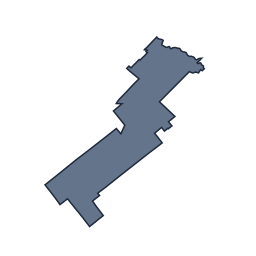 the district of Contesti, Teleorman, Romania, rotated 142°
{"feature_id": "2599482B71903037173663", "entity_name": "Contesti", "entity_type": "district", "adm_level": 2, "iso_a3": "ROU", "parent_name": "Romania", "parent_adm1": "Teleorman", "projection": "robinson", "projection_center": [25.518, 43.808], "detail": "fine", "context": "isolated", "style": "filled", "palette": "slate", "viewbox_px": 256, "rotation_deg": 142, "n_neighbors": 0, "source": "geoboundaries", "source_scale": "gbopen_adm2", "svg_char_len": 3818}
<svg xmlns="http://www.w3.org/2000/svg" viewBox="0 0 256 256"><g transform="rotate(142 128 128)"><path d="M228.4,134.3L228.4,121.7L228.4,121.1L228.4,119.7L228.4,118.5L228.4,118.0L228.5,116.5L228.5,115.3L228.6,113.4L228.6,112.1L228.7,111.1L228.7,110.5L228.8,109.5L227.3,109.5L225.3,109.5L224.5,109.4L223.7,109.5L223.2,109.5L221.5,109.5L220.2,109.4L219.2,109.4L219.2,107.5L219.2,106.7L219.2,105.3L219.2,104.0L219.2,102.8L219.1,101.4L219.1,100.6L219.1,99.8L219.1,99.1L219.1,98.0L219.1,96.9L219.0,95.6L219.0,95.0L219.0,94.4L218.9,93.5L218.9,92.5L218.9,92.1L218.9,91.7L218.9,91.1L218.9,88.9L218.9,86.7L218.8,84.9L218.9,83.4L218.9,81.0L218.9,80.3L218.9,79.0L218.9,77.3L218.9,75.7L219.0,74.0L217.1,74.0L216.0,74.0L214.8,74.0L213.5,74.1L211.7,74.0L210.4,74.1L210.2,74.1L207.7,74.2L205.8,74.2L202.4,74.2L201.4,74.2L201.4,76.7L201.3,84.5L201.3,85.2L200.9,92.3L191.9,92.3L192.0,95.3L182.5,95.1L164.8,95.3L127.8,95.4L110.2,95.2L110.2,107.5L101.2,107.8L101.2,103.1L96.7,103.2L96.7,102.6L92.1,102.6L92.3,108.0L83.9,108.2L87.1,129.3L45.3,134.6L45.0,134.6L43.9,132.7L43.1,131.4L42.2,131.1L40.7,130.7L40.4,130.5L38.5,128.0L38.1,128.2L34.8,129.2L34.2,127.4L32.3,127.6L31.4,127.7L31.5,128.3L31.5,128.9L31.4,129.3L31.3,129.5L31.2,129.6L30.9,129.7L30.7,129.9L30.6,130.0L30.5,130.3L30.5,130.7L30.5,131.0L30.7,131.3L30.7,131.5L30.8,131.9L30.9,132.0L31.1,132.2L31.1,132.3L31.2,132.5L31.1,132.9L30.9,133.2L30.7,133.5L30.7,134.0L30.7,134.5L30.9,134.8L31.2,135.2L31.4,135.2L31.9,135.3L33.1,135.5L33.3,135.8L33.4,136.1L33.4,136.9L33.2,136.9L32.9,136.9L32.5,137.0L32.1,137.0L31.1,137.2L30.2,137.1L29.5,137.2L28.5,137.3L28.1,137.6L27.9,137.7L27.2,137.7L27.5,137.9L28.1,138.4L29.1,139.0L29.4,139.1L29.9,139.2L30.8,139.3L31.4,139.4L31.8,139.6L32.1,139.7L32.3,139.9L32.5,140.2L32.6,140.5L32.6,141.0L32.5,142.1L32.5,143.0L32.6,143.3L33.0,144.1L33.5,144.8L33.9,145.5L34.2,145.8L34.7,146.0L35.1,146.4L35.4,146.6L35.6,146.9L35.8,147.4L36.0,147.9L36.2,148.5L36.3,149.1L36.1,149.8L35.9,150.7L35.8,151.0L35.8,151.4L35.8,151.7L36.0,152.0L36.2,152.3L36.4,152.7L36.5,153.0L36.8,153.2L37.3,153.6L37.5,153.8L37.7,154.0L37.9,154.4L38.1,155.0L38.3,155.4L38.4,155.7L38.6,155.9L38.6,156.1L38.6,156.3L38.6,156.6L38.5,157.0L38.3,157.4L38.3,157.6L38.3,158.0L38.4,158.3L38.4,158.7L38.4,158.9L38.5,159.0L38.7,159.3L39.0,159.7L39.2,159.8L39.3,160.0L39.6,160.1L39.9,160.4L40.2,160.9L40.6,161.6L40.8,161.8L41.1,162.1L41.6,162.5L41.8,162.7L41.9,162.9L42.0,163.0L42.3,163.1L43.0,163.4L43.2,163.5L43.4,163.6L43.7,163.8L43.9,163.8L44.1,163.8L44.3,163.8L44.6,163.7L44.8,163.7L45.0,163.7L45.1,163.8L45.3,164.0L45.4,164.5L45.6,164.8L45.6,165.2L45.5,165.5L45.3,165.9L45.3,166.1L45.3,166.3L45.3,166.5L45.5,166.8L45.8,167.1L46.3,167.3L46.7,167.3L47.0,167.3L47.7,167.6L47.9,167.7L48.1,167.9L48.3,168.2L48.5,168.6L48.9,169.7L49.3,170.4L49.5,170.6L49.6,170.8L49.6,171.0L49.7,171.4L49.7,171.5L49.9,171.9L50.1,172.3L50.2,172.6L50.2,172.9L50.1,173.0L49.7,173.3L49.2,173.6L48.9,173.7L48.6,173.8L48.2,174.1L47.9,174.5L47.7,174.8L47.1,174.9L46.8,175.0L46.7,175.0L46.4,175.4L46.4,175.5L46.4,175.8L46.6,176.3L46.8,176.7L47.4,177.5L48.0,178.2L48.3,178.5L48.6,178.8L48.8,179.1L48.9,179.3L48.9,179.6L49.1,179.8L49.2,180.1L49.2,180.6L49.3,181.5L49.3,182.0L53.6,181.4L55.1,181.2L63.6,179.9L64.3,179.9L64.8,179.8L65.6,179.5L65.9,179.8L66.0,179.7L66.9,179.5L66.3,178.9L65.3,178.0L64.9,177.4L66.8,177.1L66.2,175.5L70.3,174.8L71.0,174.7L72.5,174.6L74.7,174.3L76.9,174.1L77.1,175.1L81.8,174.4L84.0,174.2L88.5,173.6L89.1,176.2L90.8,176.0L92.3,175.7L91.9,173.2L91.2,169.8L90.0,164.5L89.4,161.7L89.1,160.0L96.5,159.1L108.0,157.3L117.4,156.0L119.8,155.4L122.2,154.5L117.8,150.8L129.0,150.4L128.9,145.7L128.8,136.3L128.8,132.2L137.2,127.8L137.5,134.8L146.3,134.7L147.3,134.7L156.0,134.7L174.4,134.7L187.1,134.9L216.3,134.4L219.1,134.4L228.4,134.3Z" fill="#64748b" stroke="#1e293b" stroke-width="1.5"/></g></svg>